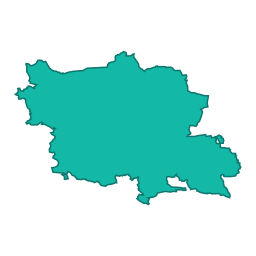 the district of Fermoy Lea-6, Cork, Ireland
{"feature_id": "5873133B9082097592121", "entity_name": "Fermoy Lea-6", "entity_type": "district", "adm_level": 2, "iso_a3": "IRL", "parent_name": "Ireland", "parent_adm1": "Cork", "projection": "equal_earth", "projection_center": [-8.317, 52.16], "detail": "fine", "context": "isolated", "style": "filled", "palette": "teal", "viewbox_px": 256, "rotation_deg": 0, "n_neighbors": 0, "source": "geoboundaries", "source_scale": "gbopen_adm2", "svg_char_len": 5812}
<svg xmlns="http://www.w3.org/2000/svg" viewBox="0 0 256 256"><path d="M25.9,64.8L26.4,65.1L26.9,66.5L26.7,71.8L28.4,74.1L29.9,77.4L29.6,79.5L28.9,80.9L30.5,82.2L30.2,83.1L36.7,84.8L34.1,87.0L34.4,87.2L34.5,88.6L29.8,86.2L28.2,86.0L27.8,87.5L26.9,87.5L27.1,88.6L23.9,89.4L23.3,90.4L23.7,90.9L23.4,91.1L20.9,91.0L19.7,88.3L17.8,88.5L18.2,90.7L17.7,93.1L16.5,93.3L16.4,94.2L15.4,94.3L16.2,95.0L18.4,95.4L18.8,97.0L18.4,97.6L18.8,99.1L20.9,99.0L22.4,98.3L25.2,98.8L25.3,99.6L25.7,99.6L25.6,101.6L26.1,103.6L27.5,107.8L29.6,109.4L29.6,110.0L30.4,110.3L30.2,111.2L29.7,111.6L31.2,113.7L29.7,113.8L30.9,117.1L30.9,117.8L30.2,118.9L30.7,119.6L27.3,121.1L27.1,121.9L26.0,122.6L26.6,123.9L29.7,123.1L30.4,124.5L32.0,125.0L35.3,124.7L37.1,125.0L41.0,122.4L42.1,122.5L42.6,122.7L41.9,123.2L42.2,124.1L41.9,124.4L44.8,124.4L50.2,127.1L52.5,129.0L53.9,127.9L55.4,128.4L54.0,129.7L53.5,130.9L53.5,132.3L50.8,132.8L52.1,134.6L54.2,135.4L55.2,136.4L54.8,137.0L54.9,138.3L53.0,139.9L52.2,141.4L49.9,143.2L50.1,144.4L50.9,145.2L50.2,148.0L49.8,148.2L49.2,149.6L49.6,150.7L49.4,151.9L52.1,152.7L54.0,152.2L55.0,154.1L54.2,155.5L53.5,155.8L52.9,157.7L54.7,158.9L56.4,159.5L58.3,161.6L58.5,163.3L57.7,165.8L54.7,167.4L51.8,167.7L53.0,172.2L63.7,173.2L65.3,173.8L65.5,174.3L63.8,174.2L62.1,174.7L63.9,175.9L64.5,177.3L64.4,179.1L65.9,179.3L68.2,178.7L67.5,177.8L67.7,176.3L66.5,175.4L67.8,171.6L70.2,172.5L72.3,175.4L74.8,176.1L75.3,177.4L76.5,177.9L76.5,178.7L76.8,179.1L81.1,179.6L82.5,179.1L85.7,179.1L85.5,179.6L88.4,181.0L90.2,180.9L91.5,181.6L92.7,181.5L94.4,182.5L95.5,182.2L96.5,181.5L98.0,181.4L98.2,181.6L98.0,181.8L98.2,182.3L99.7,182.8L100.0,184.3L101.1,185.4L105.6,186.3L107.1,184.9L112.9,183.8L115.2,182.8L116.7,182.8L116.2,179.5L115.4,178.9L115.1,176.7L115.8,175.5L117.0,175.5L117.4,176.0L118.9,175.6L119.3,176.2L120.9,175.5L122.3,175.9L122.7,175.4L123.8,175.2L124.1,174.7L125.0,175.5L126.8,174.5L128.4,174.3L128.1,174.8L130.2,176.4L131.0,178.0L130.2,178.9L131.9,180.3L133.2,179.5L132.9,179.1L133.2,178.4L136.6,178.0L137.6,177.0L138.4,177.1L138.2,178.0L138.4,178.4L137.8,179.2L137.9,180.2L139.2,183.1L138.9,183.7L137.5,184.5L138.2,186.3L138.8,186.3L138.9,187.9L139.3,188.6L138.3,188.7L138.5,190.1L140.3,191.4L143.2,194.3L143.5,195.1L139.2,194.4L138.3,196.0L137.7,196.5L137.9,198.1L136.9,198.6L139.0,200.5L143.7,203.3L146.1,203.2L147.8,204.3L148.6,204.4L149.1,203.5L148.0,201.9L147.9,201.0L148.5,200.8L149.4,198.4L148.2,197.9L153.3,197.1L155.1,196.3L156.4,195.5L157.6,193.0L165.2,191.4L169.9,192.0L171.4,191.9L172.2,191.4L175.7,191.6L176.5,191.5L176.2,189.8L182.8,189.9L182.9,190.4L185.8,190.3L185.5,188.0L182.2,188.2L182.0,187.8L177.6,187.3L171.7,187.1L168.8,184.7L167.4,184.1L167.6,183.1L167.4,182.0L167.6,181.4L166.8,180.3L166.4,178.9L167.0,176.7L170.2,176.7L171.3,177.3L174.6,177.0L174.8,176.9L174.7,176.1L175.1,175.3L176.4,174.4L176.4,175.8L178.5,177.1L179.4,178.9L179.4,180.1L181.7,180.4L182.0,181.3L184.8,181.0L185.2,180.0L187.4,180.0L187.4,180.8L186.7,182.3L187.1,182.7L187.4,183.9L187.9,184.4L188.6,186.6L190.5,188.3L190.6,189.5L195.6,188.6L196.9,189.7L197.1,191.2L198.1,191.0L199.3,192.0L201.6,192.8L205.6,193.5L207.3,193.3L207.3,193.7L209.7,193.0L211.7,193.8L219.1,193.6L220.0,194.1L220.1,194.7L220.6,195.2L221.7,195.3L223.3,194.8L226.0,196.5L229.7,197.6L229.7,196.9L230.1,196.1L229.7,194.0L227.6,191.4L227.6,190.2L226.4,188.0L225.7,187.8L224.0,186.1L223.9,184.8L223.5,184.1L223.5,181.6L222.6,179.9L222.3,179.8L222.0,178.9L220.6,177.5L220.8,176.5L220.5,175.9L222.7,174.4L223.7,175.0L223.7,176.0L224.1,176.5L230.5,176.6L235.5,175.9L236.7,173.7L238.9,172.8L239.1,172.0L237.9,170.2L239.2,168.9L240.1,168.6L239.8,168.0L240.6,167.4L240.6,166.6L239.5,165.5L239.7,164.8L239.4,164.4L239.8,164.0L239.5,163.4L239.7,163.0L237.8,162.9L238.2,162.0L237.4,162.0L238.1,160.8L237.7,160.7L237.8,159.8L236.9,159.9L236.3,157.0L235.8,157.1L235.2,156.1L235.6,155.2L236.0,155.1L235.2,154.6L235.5,153.5L232.0,153.4L229.6,150.5L230.3,149.7L229.1,148.2L226.6,148.2L224.0,147.6L223.0,147.8L220.2,147.3L220.3,145.4L220.0,143.5L216.7,143.5L215.6,141.5L215.7,140.7L216.3,140.6L216.1,138.4L217.4,138.3L219.3,141.5L220.0,143.4L223.2,143.2L223.1,142.3L223.8,140.3L223.3,139.6L223.2,138.4L221.3,137.9L221.8,136.8L219.5,135.3L218.5,135.2L216.4,136.7L215.1,136.7L215.1,137.4L211.5,137.6L211.2,135.9L210.6,135.7L206.2,136.5L205.7,134.6L198.3,135.6L194.4,136.5L187.2,136.4L187.8,135.7L187.8,134.9L190.4,134.2L190.8,133.0L189.7,131.7L189.1,130.2L189.1,127.9L190.2,125.7L191.1,125.5L196.1,126.2L197.1,124.7L197.6,122.8L199.4,121.4L201.2,116.7L202.5,111.9L202.2,111.1L200.5,109.3L201.1,108.9L202.6,108.8L203.8,107.6L207.9,106.9L207.1,103.2L208.4,95.8L204.6,95.7L197.8,93.9L197.0,94.1L195.7,93.0L190.7,92.6L189.2,91.3L187.8,91.0L187.6,86.0L186.1,82.8L187.2,80.3L184.8,79.9L185.0,79.3L186.0,78.4L186.6,77.0L186.7,76.5L186.3,74.9L182.2,75.3L181.5,73.1L179.8,70.4L175.4,70.6L173.6,69.8L173.2,68.7L171.2,67.3L167.8,67.2L166.3,67.7L166.2,67.1L164.7,66.6L158.1,66.7L157.4,66.6L157.2,66.1L156.9,66.4L156.3,66.1L155.5,66.5L155.0,67.4L153.8,67.3L150.3,68.7L148.3,68.7L147.7,69.1L147.4,68.8L144.9,70.5L144.6,71.4L143.0,70.3L142.3,69.2L141.3,69.0L139.1,67.2L138.6,65.8L138.8,65.0L138.2,63.5L133.9,57.2L133.6,54.9L134.1,54.0L132.9,54.1L132.0,55.1L130.3,55.9L127.1,56.0L126.0,55.7L126.6,54.7L126.0,52.5L123.3,51.6L122.7,52.6L120.7,53.2L119.3,54.7L117.5,54.6L117.0,55.4L115.6,55.8L115.3,57.0L115.2,58.2L115.5,58.9L115.3,60.8L113.4,61.8L111.8,62.2L111.0,62.0L110.5,62.6L108.9,62.9L108.5,63.8L107.7,64.4L107.6,65.3L107.8,65.7L107.1,67.2L87.4,68.2L84.3,69.6L83.6,70.5L72.8,71.4L68.3,72.3L64.5,73.6L62.8,73.7L62.8,73.0L60.4,73.6L59.6,72.3L57.9,72.2L56.1,71.2L54.1,71.1L51.2,69.7L50.3,68.6L49.5,68.2L45.6,61.5L43.3,62.0L41.5,60.3L37.9,60.3L36.0,63.7L32.1,65.6L30.2,65.7L29.6,64.6L27.9,63.7L26.1,63.6L25.9,64.8Z" fill="#14b8a6" stroke="#0f766e" stroke-width="1.5"/></svg>